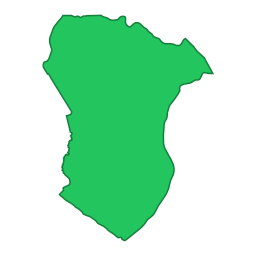 Flóahreppur, Suðurland, Iceland
{"feature_id": "244011B29431294757890", "entity_name": "Flóahreppur", "entity_type": "district", "adm_level": 2, "iso_a3": "ISL", "parent_name": "Iceland", "parent_adm1": "Suðurland", "projection": "albers", "projection_center": [-20.876, 63.886], "detail": "fine", "context": "isolated", "style": "filled", "palette": "green", "viewbox_px": 256, "rotation_deg": 0, "n_neighbors": 0, "source": "geoboundaries", "source_scale": "gbopen_adm2", "svg_char_len": 5321}
<svg xmlns="http://www.w3.org/2000/svg" viewBox="0 0 256 256"><path d="M59.5,194.4L59.8,194.9L60.2,195.3L61.2,196.2L62.8,197.4L64.3,198.8L66.2,200.5L66.9,200.9L67.3,201.0L68.9,202.1L70.0,202.7L70.8,203.1L72.0,203.9L74.3,205.7L75.4,206.9L76.0,207.4L76.6,207.7L77.3,208.2L77.9,208.4L78.4,208.8L81.9,211.7L82.2,212.0L82.6,212.8L82.9,213.3L83.2,213.8L83.6,214.1L84.1,214.4L84.5,214.6L87.1,215.7L88.8,216.2L89.8,216.6L90.6,217.0L92.3,218.3L94.1,219.4L95.6,220.6L96.2,221.2L96.8,222.0L97.5,222.8L97.9,223.3L98.2,223.4L98.9,224.0L100.4,224.7L101.0,225.0L102.0,225.6L102.7,225.8L103.5,226.2L104.3,226.8L106.6,228.6L107.2,229.2L107.8,230.0L108.3,230.4L110.0,231.7L111.5,232.6L112.2,233.1L113.1,233.7L115.2,235.3L117.9,237.6L118.5,237.6L120.3,237.4L121.3,237.5L121.5,237.6L122.0,239.3L123.7,240.2L124.9,240.6L128.5,237.9L139.8,228.8L142.2,226.6L144.6,223.9L146.0,221.8L147.0,220.3L147.8,219.3L148.9,218.5L150.5,217.3L152.8,215.3L154.5,213.1L158.4,205.6L160.5,202.7L164.3,196.9L166.1,194.2L167.5,191.1L168.6,188.5L169.2,185.6L170.7,180.1L171.8,177.7L172.8,175.6L173.4,174.2L174.0,171.1L174.0,168.6L173.8,167.0L173.0,164.0L170.7,158.9L168.8,155.8L166.7,151.8L165.0,148.6L164.1,146.3L163.6,144.0L163.5,141.2L163.4,135.9L163.5,133.4L164.0,128.0L164.0,124.8L164.5,122.4L165.2,121.0L165.8,120.0L166.5,118.6L167.1,116.8L167.2,115.6L167.3,114.1L167.4,112.7L167.8,111.2L168.6,108.4L168.9,107.4L169.2,106.5L170.3,104.5L174.2,99.6L175.6,97.6L178.4,93.5L178.9,92.5L179.4,91.3L179.8,90.9L179.9,90.6L179.8,90.0L179.5,89.5L179.5,89.0L179.6,88.3L179.8,87.5L180.2,86.2L180.5,85.8L180.8,85.6L181.4,85.2L183.7,84.1L186.1,83.8L187.5,83.5L189.7,83.1L190.6,82.9L191.8,82.3L192.3,81.8L193.3,81.2L195.3,80.1L195.7,80.0L197.9,80.0L198.8,79.7L199.8,79.1L200.7,77.4L201.6,75.7L202.4,73.7L203.0,73.1L203.9,72.7L205.2,72.7L206.9,73.1L209.4,73.5L212.8,73.5L204.2,57.7L197.0,51.1L194.1,47.4L194.0,47.0L185.5,38.6L184.5,39.1L183.6,39.9L182.9,41.0L182.2,42.3L181.6,43.5L180.7,44.6L179.8,45.3L178.7,45.5L177.7,45.5L176.8,45.5L175.4,45.1L174.2,44.5L172.5,44.0L171.2,43.8L169.6,43.7L166.1,43.7L164.8,43.6L163.7,43.2L162.7,42.7L161.8,41.9L160.9,41.0L160.2,40.0L159.5,39.2L158.9,38.6L157.9,38.2L156.8,37.9L154.4,37.0L153.6,36.5L153.0,35.8L152.1,34.3L151.4,33.6L149.5,32.3L148.2,31.1L146.8,29.2L146.1,28.7L145.1,28.2L143.9,27.4L142.5,26.1L141.4,25.0L140.5,24.1L139.5,23.4L138.6,23.0L137.5,22.7L136.6,22.7L135.5,22.8L134.5,23.2L133.6,23.9L130.5,26.7L130.1,26.9L129.5,27.0L128.8,26.8L128.1,26.3L127.5,25.7L126.8,25.1L126.1,24.1L125.6,23.1L125.5,22.0L125.5,20.6L125.6,19.3L125.5,18.0L125.2,17.1L124.7,16.6L123.9,16.4L122.9,16.3L121.9,16.4L121.0,16.7L120.1,17.2L119.2,18.0L118.3,19.2L117.7,19.6L116.9,19.8L115.7,20.0L113.5,20.2L112.6,20.2L111.5,20.1L110.9,20.0L108.9,19.1L107.3,18.0L106.5,17.7L104.2,17.1L103.2,16.8L102.1,16.2L101.3,15.4L86.6,15.7L86.2,15.9L85.5,16.1L83.7,16.1L83.1,16.2L82.4,16.5L80.8,17.5L80.5,17.5L79.9,17.3L78.6,16.4L77.5,16.2L76.6,16.3L75.8,16.8L75.2,17.0L74.2,16.7L72.8,16.2L71.6,15.5L63.0,15.5L62.1,16.9L60.9,18.5L59.3,20.2L57.0,23.0L55.7,24.7L54.5,26.1L53.6,27.9L52.7,29.8L52.0,32.0L51.2,34.1L50.0,37.4L49.7,39.3L49.6,40.9L49.7,42.4L50.8,46.5L51.4,48.1L51.7,49.4L51.6,50.5L51.2,52.3L50.7,53.8L49.7,56.6L49.3,57.7L48.9,58.7L48.5,59.3L47.7,60.4L47.2,61.0L46.5,61.4L46.0,61.6L45.0,61.8L44.2,62.2L43.3,64.0L43.2,65.6L43.3,67.1L47.6,74.1L48.6,73.8L51.2,78.6L71.8,111.9L70.9,114.3L67.8,115.5L66.5,115.8L70.4,132.1L71.7,132.7L71.9,133.0L71.9,133.3L71.8,133.6L71.8,133.8L71.9,134.1L71.7,134.4L71.6,134.5L71.5,134.8L71.4,134.9L71.4,135.1L70.8,135.3L70.6,135.8L71.0,135.9L71.2,136.0L71.2,136.3L71.3,136.4L71.4,136.5L71.3,137.0L71.5,137.2L71.5,137.4L71.3,137.6L71.4,138.0L71.8,138.4L71.9,138.5L71.6,138.8L71.6,139.1L72.0,139.8L71.9,140.0L71.8,140.3L71.6,140.3L71.5,140.1L71.1,140.0L70.8,140.3L70.4,140.3L70.2,140.6L69.8,140.6L69.7,140.7L69.7,140.8L69.5,141.2L69.1,141.5L69.2,141.9L69.2,142.2L69.3,142.4L69.3,142.6L69.2,142.8L68.9,143.2L68.8,143.4L68.8,143.5L68.7,143.9L68.5,144.2L68.4,144.6L68.4,144.9L68.3,145.1L68.0,145.3L67.9,145.5L68.0,145.7L68.3,145.9L68.4,146.2L68.5,146.4L68.5,146.8L68.2,147.2L68.3,147.4L69.0,147.7L69.1,147.9L69.4,148.0L69.4,148.3L69.0,149.0L69.0,149.3L68.9,149.8L68.9,150.2L68.7,150.5L68.6,150.8L68.8,151.1L68.6,151.4L68.5,151.8L68.2,152.0L68.2,152.3L67.8,152.5L67.7,152.6L68.0,153.1L68.6,153.3L68.7,153.5L68.7,153.9L69.0,154.1L68.9,154.4L68.4,154.6L67.7,155.1L67.1,155.1L66.7,154.4L66.1,154.8L65.9,154.7L65.7,154.7L65.5,155.0L65.4,155.1L65.4,155.4L65.3,155.7L65.1,156.0L64.9,156.2L64.6,156.3L64.3,156.7L64.2,157.1L64.3,157.3L64.3,157.5L63.5,158.1L63.5,158.3L63.7,158.7L64.0,159.1L64.0,159.3L64.0,159.5L63.8,160.0L63.6,160.1L63.6,160.3L63.8,160.5L63.8,161.1L63.9,161.4L63.7,161.7L63.6,161.9L63.6,162.1L63.5,162.3L63.4,162.8L63.0,163.8L63.0,164.1L63.0,164.3L62.9,164.4L63.1,164.7L62.5,165.2L62.4,165.3L62.4,165.5L62.3,165.8L62.2,166.0L62.3,166.2L62.6,166.7L62.4,167.0L62.1,167.2L62.0,167.5L62.1,167.8L62.4,168.0L62.6,168.5L62.8,168.7L62.8,168.8L62.7,169.2L62.4,169.5L62.2,169.9L62.1,170.2L62.1,170.3L62.8,170.7L63.0,170.9L63.4,171.1L63.5,171.4L63.5,171.6L63.3,171.9L63.3,172.5L63.5,172.8L63.5,173.1L63.7,173.3L63.9,173.4L64.4,173.3L64.5,173.4L64.8,174.5L69.4,178.8L70.1,182.3L69.6,184.6L63.5,187.6L63.3,187.7L63.2,188.0L63.2,188.7L63.4,189.1L63.4,190.0L63.3,190.5L59.5,194.4Z" fill="#22c55e" stroke="#15803d" stroke-width="1.5"/></svg>